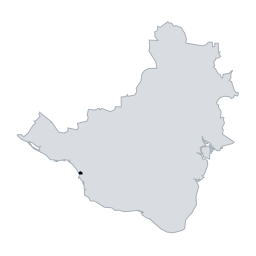 Mogi das Cruzes, São Paulo, Brazil (highlighted), rotated 89°
{"feature_id": "56859067B10888150233547", "entity_name": "Mogi das Cruzes", "entity_type": "district", "adm_level": 2, "iso_a3": "BRA", "parent_name": "Brazil", "parent_adm1": "São Paulo", "projection": "mercator", "projection_center": [-46.187, -23.555], "detail": "fine", "context": "in_parent", "style": "filled", "palette": "ink", "viewbox_px": 256, "rotation_deg": 89, "n_neighbors": 0, "source": "geoboundaries", "source_scale": "gbopen_adm2", "svg_char_len": 4166}
<svg xmlns="http://www.w3.org/2000/svg" viewBox="0 0 256 256"><g transform="rotate(89 128 128)"><path d="M60.8,38.9L63.6,41.3L67.2,40.2L68.3,41.7L70.3,39.5L75.2,37.2L76.2,35.0L79.3,33.8L79.6,32.5L76.0,32.0L75.1,26.1L72.0,22.4L76.2,24.3L79.9,24.2L82.4,26.1L83.2,23.8L92.4,21.0L94.5,19.1L94.3,17.3L97.1,17.2L97.9,18.0L97.0,21.0L99.4,21.8L100.3,24.2L98.6,26.1L97.9,31.0L99.6,36.0L104.0,39.0L105.9,38.5L106.8,36.9L108.4,37.3L113.4,34.6L119.6,35.4L118.7,33.3L119.6,31.9L120.9,32.5L124.9,31.5L129.5,34.0L131.4,32.8L135.8,33.7L143.9,22.2L145.2,23.4L147.9,34.0L149.3,35.6L152.0,36.5L152.3,39.2L147.7,44.3L144.8,45.9L141.1,52.8L137.4,53.8L141.2,54.0L146.9,50.5L148.0,55.0L149.6,56.3L155.4,54.8L153.7,59.8L156.0,55.8L158.7,53.5L160.0,54.2L160.6,53.4L160.1,51.6L161.9,49.4L166.5,48.9L176.2,52.8L176.9,54.7L178.3,53.4L180.6,54.9L181.2,56.5L180.0,57.7L180.5,58.2L181.7,57.1L182.0,58.2L180.9,59.3L180.2,62.7L181.7,61.3L182.8,58.8L183.0,60.6L187.4,58.3L197.6,61.2L205.8,60.9L213.8,65.5L220.8,72.0L229.6,73.1L231.3,75.5L233.6,84.8L232.7,90.9L229.3,97.1L219.9,107.3L219.9,106.5L218.1,111.2L215.1,115.3L213.7,115.9L212.7,114.0L211.8,115.0L210.5,119.4L211.7,132.1L209.9,139.4L210.2,142.4L207.5,145.5L206.8,153.0L200.5,162.6L200.2,167.0L196.4,168.8L194.6,172.6L189.7,172.7L188.6,171.3L188.2,172.8L180.6,173.2L181.0,174.5L176.2,177.6L173.4,177.5L168.6,180.1L162.6,184.9L161.4,187.1L160.3,186.3L159.9,187.3L158.6,186.9L160.3,188.2L158.9,189.7L158.5,192.3L159.5,197.8L158.2,206.3L153.1,211.1L146.8,222.9L140.7,228.4L140.6,226.6L144.9,224.3L148.6,217.8L148.7,216.6L146.2,217.4L144.7,215.3L145.5,217.3L144.8,219.8L141.1,223.7L139.9,226.9L140.3,228.7L137.4,234.9L133.6,238.8L132.7,238.3L132.7,235.1L134.9,232.3L131.5,228.0L123.9,223.1L121.5,220.4L119.4,221.8L119.2,219.9L114.9,215.7L112.9,216.8L110.7,216.2L120.0,205.0L121.1,205.1L120.9,204.0L131.0,197.4L131.9,192.0L130.1,188.1L126.9,188.1L128.9,179.0L126.8,177.6L122.5,178.5L120.5,169.1L117.0,167.5L114.3,168.6L108.7,167.3L109.5,161.2L107.8,156.4L109.4,155.4L107.9,154.0L111.3,145.3L109.5,141.3L106.5,139.8L106.8,134.4L96.9,134.3L96.5,129.9L94.7,127.8L96.4,127.7L95.1,120.5L92.0,118.8L88.2,119.0L81.3,114.3L74.0,113.0L70.9,110.5L68.8,106.5L68.8,98.0L62.4,99.1L51.4,105.7L48.1,104.9L40.5,105.2L41.0,96.5L37.3,99.4L32.2,99.6L31.1,96.9L26.7,96.4L27.9,94.1L22.4,86.3L23.9,85.0L23.7,82.8L27.0,80.4L26.5,78.4L28.4,73.1L34.0,69.8L39.6,68.0L44.1,68.7L47.2,51.9L45.9,48.2L43.6,46.2L43.7,42.3L48.5,41.9L47.7,39.8L44.8,39.7L44.8,36.2L53.8,36.2L53.7,34.7L55.1,36.0L58.0,34.0L59.5,36.3L59.7,39.1L60.8,38.9ZM150.4,46.1L160.4,47.1L158.0,52.9L156.2,53.1L155.9,54.1L154.4,53.6L152.8,55.1L149.0,55.1L147.6,52.1L148.6,51.4L147.4,50.3L148.3,46.9L150.4,46.1ZM141.9,53.2L143.4,49.0L145.0,48.4L144.9,51.0L141.9,53.2ZM153.1,44.0L152.2,45.6L149.9,45.2L150.3,44.2L153.1,44.0ZM149.7,42.3L149.3,45.5L148.4,45.2L149.7,42.3ZM154.7,46.1L153.3,46.2L152.6,46.0L154.4,45.0L154.7,46.1ZM148.2,46.2L146.7,47.2L146.1,46.7L147.2,45.7L148.2,46.2ZM150.9,43.3L150.2,42.7L151.4,42.0L151.5,42.6L150.9,43.3ZM150.1,35.0L149.3,35.2L149.1,34.0L149.9,33.9L150.1,35.0ZM159.9,201.3L159.6,200.1L160.3,199.1L160.5,199.4L159.9,201.3ZM177.0,177.1L177.3,178.4L176.2,178.1L177.0,177.1ZM159.4,193.1L158.9,192.4L159.6,191.7L159.8,192.0L159.4,193.1ZM181.5,60.6L180.8,61.8L181.5,60.1L181.5,60.6ZM213.2,116.1L212.2,116.4L212.8,115.5L213.2,116.1ZM183.4,173.7L182.3,174.1L182.1,173.9L182.8,173.3L183.4,173.7ZM211.5,118.3L211.1,119.0L210.9,118.6L211.5,118.3ZM178.8,52.3L178.8,53.0L178.6,52.9L178.8,52.3Z" fill="#d9dde1" stroke="#a8b0b8" stroke-width="1"/><path d="M171.8,175.4L171.8,175.5L171.7,175.6L171.8,175.6L171.7,175.7L171.8,175.7L171.9,175.8L171.9,176.0L171.8,176.3L171.9,176.5L171.9,176.8L171.7,177.0L171.6,177.3L171.8,177.4L172.0,177.3L172.0,177.2L172.2,177.3L172.3,177.3L172.3,177.2L172.5,177.2L172.8,177.1L172.8,176.9L172.7,176.8L172.8,176.7L172.8,176.4L172.8,176.2L172.7,176.1L172.7,175.9L172.8,175.8L173.0,175.8L173.0,175.7L172.9,175.5L172.7,175.5L172.7,175.4L172.5,175.5L172.5,175.4L172.5,175.2L172.4,175.2L172.5,175.0L172.4,175.0L172.5,175.0L172.4,175.0L172.4,174.9L172.4,175.0L172.2,175.0L172.0,175.3L171.9,175.3L171.8,175.4Z" fill="#0f172a" stroke="#020617" stroke-width="1.5"/></g></svg>